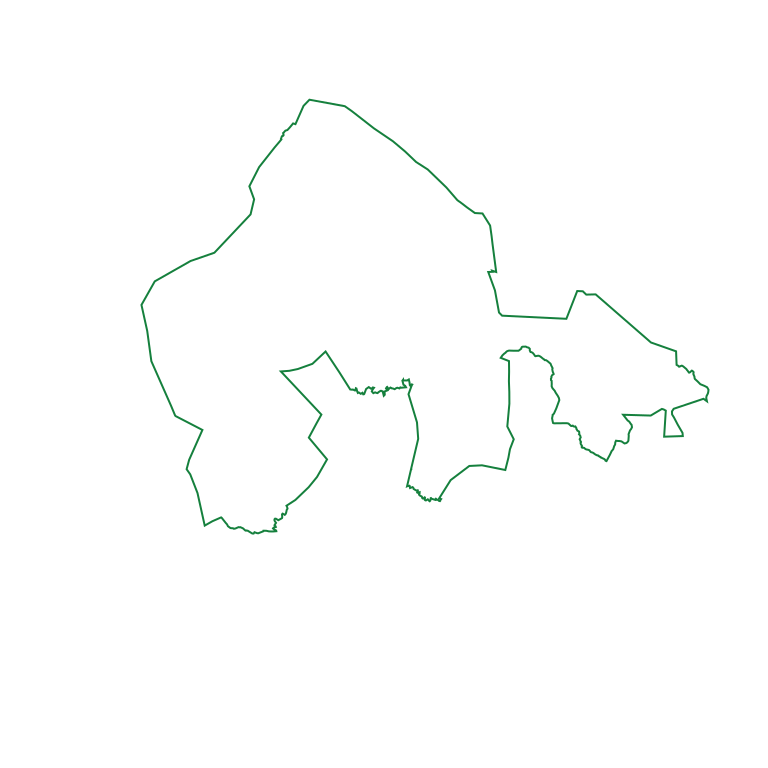 the district of Santiago Chazumba, Oaxaca, Mexico, rotated 314°
{"feature_id": "50627088B38611852614507", "entity_name": "Santiago Chazumba", "entity_type": "district", "adm_level": 2, "iso_a3": "MEX", "parent_name": "Mexico", "parent_adm1": "Oaxaca", "projection": "natural_earth1", "projection_center": [-97.716, 18.178], "detail": "fine", "context": "isolated", "style": "outline", "palette": "green", "viewbox_px": 768, "rotation_deg": 314, "n_neighbors": 0, "source": "geoboundaries", "source_scale": "gbopen_adm2", "svg_char_len": 6130}
<svg xmlns="http://www.w3.org/2000/svg" viewBox="0 0 768 768"><g transform="rotate(314 384 384)"><path d="M542.5,386.9L560.1,364.8L565.1,358.7L571.5,350.5L571.7,350.2L575.1,336.4L570.1,330.6L568.7,321.0L567.7,312.3L567.4,310.7L567.2,308.9L568.7,292.3L568.7,266.4L566.0,252.9L565.9,237.6L564.8,221.7L560.9,199.2L557.9,171.1L556.6,162.8L536.7,132.9L528.2,132.9L509.4,139.8L508.3,137.6L503.3,138.0L499.6,138.1L497.8,137.1L496.0,137.1L495.2,137.3L494.5,137.1L493.7,138.0L493.4,138.8L493.0,139.0L492.3,139.0L491.6,138.5L490.6,138.7L489.8,139.2L488.7,139.6L488.6,140.3L478.1,141.0L453.3,143.5L432.7,149.8L426.6,162.3L413.3,170.2L360.6,170.8L338.1,159.4L298.6,147.8L272.4,154.6L257.7,176.8L238.8,200.8L220.3,246.2L216.2,255.7L216.2,256.5L224.8,285.3L194.1,296.5L185.6,301.2L184.4,307.4L176.0,325.6L157.6,353.4L166.1,355.9L174.9,359.5L175.0,360.2L174.1,366.9L174.0,368.6L173.3,370.5L173.7,373.6L174.7,374.9L175.3,375.5L175.6,376.6L176.9,377.5L180.0,378.8L180.6,379.7L181.2,380.1L182.2,382.8L182.3,386.0L182.6,386.6L183.0,386.7L183.8,387.9L184.9,392.9L185.4,393.7L185.9,394.1L187.4,393.8L188.5,396.2L189.2,397.2L194.2,399.5L194.7,399.2L195.4,399.9L196.8,401.5L198.1,403.7L200.8,406.6L203.3,408.8L203.7,408.2L203.1,406.1L203.0,404.5L203.7,404.4L204.9,404.9L206.0,405.5L206.4,404.6L206.1,403.6L206.6,403.2L209.1,402.8L209.5,400.7L210.0,399.7L210.7,399.2L211.5,399.2L212.0,399.8L212.6,402.6L216.6,403.8L217.4,403.4L219.4,401.2L220.3,401.1L220.5,401.5L220.9,403.5L221.7,403.6L222.8,403.3L224.1,402.6L226.0,401.4L227.3,401.2L228.2,399.8L228.7,398.4L239.0,400.8L257.4,401.5L270.6,400.4L290.2,395.4L293.2,367.2L308.8,362.8L318.5,360.2L321.4,301.1L327.8,306.8L334.9,311.6L348.8,318.5L366.8,319.4L361.4,343.8L356.6,363.5L357.8,365.1L358.4,365.4L359.1,367.5L359.9,368.2L360.7,367.1L361.4,366.7L361.6,367.3L359.9,370.2L359.4,371.4L360.4,371.7L360.8,374.1L362.7,374.6L362.1,376.2L362.5,376.6L363.1,376.7L368.0,374.6L371.2,375.2L371.6,377.9L372.1,378.3L373.8,378.4L374.3,379.4L372.0,379.7L370.2,380.4L370.0,382.7L371.8,383.4L372.4,384.8L373.0,385.7L374.2,385.7L376.7,386.3L377.1,386.6L377.7,388.0L377.0,389.4L375.4,392.0L376.8,392.0L379.0,389.6L381.8,390.9L382.2,388.5L383.7,388.2L384.1,388.3L383.6,390.9L385.9,391.1L386.2,392.0L386.2,392.5L386.9,393.4L387.7,395.3L389.3,395.6L390.5,396.1L391.6,398.2L392.9,398.1L393.3,399.0L396.9,402.1L397.4,400.5L397.0,398.5L399.2,394.9L400.2,394.8L399.8,395.2L402.6,398.2L404.5,398.7L402.6,401.6L401.1,403.4L401.0,404.5L402.2,404.1L403.0,404.2L403.2,404.7L402.3,404.9L393.7,408.7L379.3,434.4L368.3,446.7L341.9,462.4L341.8,462.8L341.5,462.9L341.6,462.6L326.5,471.6L326.8,471.7L327.1,472.2L328.4,472.8L328.5,473.0L328.5,473.4L327.3,475.0L328.9,475.8L329.7,476.2L329.7,476.8L329.6,477.5L329.1,478.2L329.2,478.7L329.7,480.8L330.2,481.9L330.8,481.9L331.0,482.2L330.6,482.6L329.3,483.0L329.0,483.2L329.2,483.9L330.9,484.8L329.9,485.7L328.9,485.9L328.7,486.2L328.7,487.4L329.3,489.4L328.5,490.8L328.5,491.3L328.8,491.7L329.3,491.9L330.7,491.9L330.8,492.1L330.7,492.5L329.3,493.4L329.0,493.8L329.0,494.2L329.1,494.7L329.5,495.1L331.5,495.6L331.3,497.7L331.4,498.3L332.3,498.3L334.1,497.1L334.4,496.9L334.6,497.0L334.6,498.1L336.4,501.7L336.6,501.8L337.0,501.5L337.3,501.0L337.5,501.0L337.6,502.7L338.2,503.3L338.1,504.6L338.3,505.1L338.6,505.2L338.7,505.6L339.0,505.6L339.8,505.1L340.9,505.0L340.2,503.1L361.2,498.7L384.3,502.3L393.6,511.0L406.4,531.0L417.4,524.7L424.6,519.9L434.4,515.7L439.1,502.2L456.9,487.9L465.3,479.7L472.8,471.9L479.8,465.4L487.3,458.0L483.9,449.8L486.8,449.3L489.5,449.4L490.9,449.7L492.0,449.6L492.9,449.7L494.0,450.2L494.7,450.6L495.5,451.4L497.4,453.5L501.4,457.7L504.7,458.2L505.7,457.6L506.4,457.5L507.0,457.7L509.4,460.0L509.7,461.2L510.6,462.8L510.6,464.4L509.3,465.7L508.8,467.2L509.3,467.9L509.7,469.2L509.5,471.5L509.1,472.8L509.1,473.2L509.2,473.6L511.5,475.3L511.9,475.9L512.4,477.5L512.7,481.2L512.9,481.7L512.8,482.9L512.9,483.2L513.3,483.5L513.7,484.0L514.0,485.4L514.3,489.7L513.5,491.4L512.5,494.3L511.6,494.7L510.4,496.3L509.7,497.6L509.3,498.7L508.9,499.2L507.1,498.8L505.5,499.3L505.0,500.0L504.5,500.2L503.9,500.3L502.8,501.4L502.8,502.3L500.6,504.6L498.8,506.2L498.0,508.2L497.7,511.5L497.0,513.5L496.2,517.2L495.4,519.6L494.2,521.3L486.1,524.9L480.8,526.8L478.8,526.8L478.5,527.2L476.1,528.7L474.4,531.1L473.4,532.7L473.7,533.4L474.2,534.0L482.5,542.4L483.4,543.6L483.7,544.3L483.7,545.0L483.7,546.2L483.8,547.8L484.5,548.4L485.2,548.7L485.2,549.6L485.5,550.5L486.4,551.1L486.0,552.8L485.3,553.6L485.3,554.2L484.8,555.4L485.3,557.4L484.2,558.8L483.7,559.1L483.3,559.2L483.2,560.9L482.2,562.6L480.2,563.1L479.9,564.1L479.5,564.6L479.2,565.9L478.8,566.2L478.1,566.3L477.7,567.0L477.3,567.8L477.2,568.9L476.9,569.5L476.0,569.9L475.8,570.4L475.9,570.9L476.8,571.8L477.1,572.5L477.1,573.5L477.2,574.3L477.6,575.2L478.4,576.4L478.9,577.4L478.9,578.4L478.7,579.8L478.8,580.4L479.4,581.3L479.9,582.7L479.9,583.8L480.2,585.3L480.7,586.8L481.3,587.5L481.2,588.5L481.6,589.1L481.5,589.7L481.9,590.5L481.8,591.3L482.1,591.7L482.3,592.6L482.9,594.1L483.1,595.4L482.7,596.7L483.1,597.6L489.9,595.7L492.9,594.7L493.5,594.4L496.3,594.2L499.3,592.7L501.0,592.3L502.7,590.9L504.4,590.3L505.3,591.6L506.4,592.8L507.7,594.7L508.3,598.3L509.6,599.2L510.7,599.5L512.4,599.4L513.1,599.1L516.7,596.1L517.8,594.8L521.5,593.2L523.4,593.0L525.2,592.4L526.7,590.3L526.7,589.3L527.3,586.6L527.0,584.6L528.0,577.4L546.6,597.8L559.1,601.2L560.0,602.9L560.6,605.2L540.7,622.1L554.1,635.1L556.2,632.7L558.8,623.5L561.4,615.7L562.2,612.4L564.3,610.2L567.4,609.6L595.3,624.1L595.9,628.3L597.8,625.5L599.4,624.4L602.1,623.6L603.5,622.8L605.3,621.4L606.1,618.7L605.2,615.7L603.6,611.7L603.7,607.9L603.6,604.1L604.0,603.3L605.1,602.0L605.3,601.3L605.5,600.7L605.8,600.4L606.1,599.5L606.5,599.3L607.6,598.5L607.7,596.7L607.4,596.1L605.0,596.0L604.1,595.6L604.1,595.1L604.5,593.0L604.5,592.4L604.8,591.1L604.5,586.9L604.1,585.5L602.7,584.8L601.9,584.6L601.4,584.2L601.5,583.2L601.0,581.2L610.4,571.4L599.3,547.2L595.5,474.0L588.8,467.4L588.8,462.6L585.1,458.4L557.6,469.9L515.2,421.5L515.3,417.1L528.4,398.8L537.0,381.2L540.3,384.3L540.7,383.2L542.5,386.9Z" fill="none" stroke="#15803d" stroke-width="2"/></g></svg>